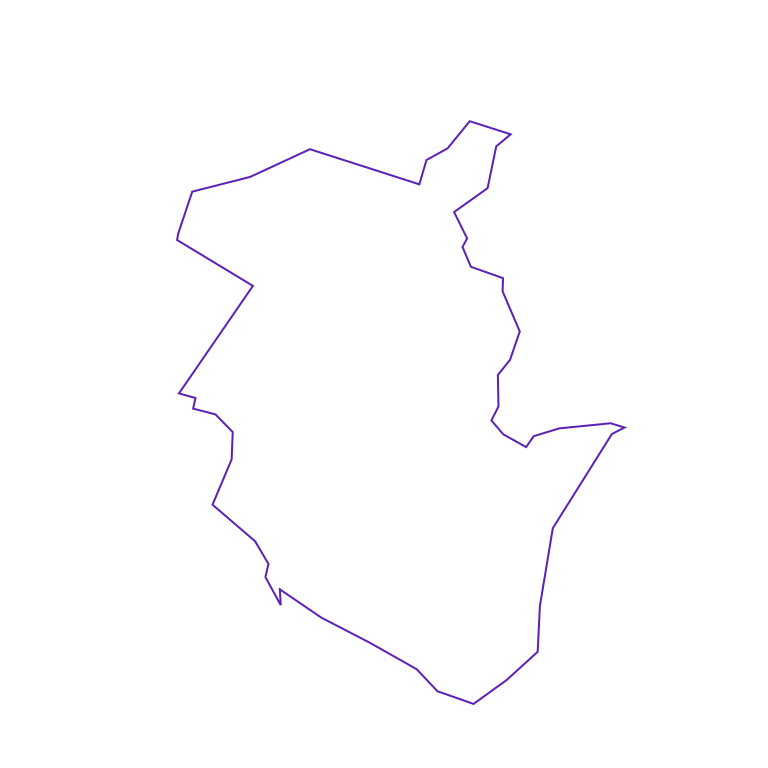 outline of Brantley, Georgia, United States of America, rotated 108°
{"feature_id": "52423323B25931574604795", "entity_name": "Brantley", "entity_type": "district", "adm_level": 2, "iso_a3": "USA", "parent_name": "United States of America", "parent_adm1": "Georgia", "projection": "equal_earth", "projection_center": [-82.007, 31.192], "detail": "fine", "context": "isolated", "style": "outline", "palette": "violet", "viewbox_px": 768, "rotation_deg": 108, "n_neighbors": 0, "source": "geoboundaries", "source_scale": "gbopen_adm2", "svg_char_len": 802}
<svg xmlns="http://www.w3.org/2000/svg" viewBox="0 0 768 768"><g transform="rotate(108 384 384)"><path d="M260.3,625.8L304.7,626.2L311.0,625.3L331.2,539.0L456.3,576.1L455.6,559.0L466.4,557.9L465.0,534.9L476.5,513.0L502.8,505.6L551.8,509.8L573.4,458.0L590.8,438.3L604.3,437.1L626.2,413.9L611.5,419.6L625.6,371.3L634.5,317.4L645.2,264.7L659.7,238.2L660.6,200.0L627.8,176.0L591.2,155.1L547.1,167.1L469.0,178.9L361.1,151.8L351.1,141.8L351.3,156.3L372.0,203.5L387.3,225.4L400.1,229.4L395.0,255.1L385.4,270.6L370.0,268.2L340.2,278.5L322.1,271.6L292.1,271.1L259.3,299.8L246.6,303.5L245.7,337.5L229.4,351.7L219.9,349.9L198.8,370.5L165.7,346.0L123.3,350.7L107.4,340.7L107.6,383.7L140.2,396.3L157.8,412.8L183.2,412.1L183.6,527.0L228.4,575.3L260.3,625.8Z" fill="none" stroke="#5b21b6" stroke-width="2"/></g></svg>